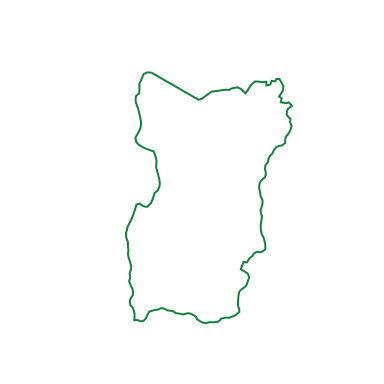 the district of Colina, São Paulo, Brazil, rotated 297°
{"feature_id": "56859067B82565562664373", "entity_name": "Colina", "entity_type": "district", "adm_level": 2, "iso_a3": "BRA", "parent_name": "Brazil", "parent_adm1": "São Paulo", "projection": "orthographic", "projection_center": [-48.594, -20.735], "detail": "fine", "context": "isolated", "style": "outline", "palette": "green", "viewbox_px": 384, "rotation_deg": 297, "n_neighbors": 0, "source": "geoboundaries", "source_scale": "gbopen_adm2", "svg_char_len": 2629}
<svg xmlns="http://www.w3.org/2000/svg" viewBox="0 0 384 384"><g transform="rotate(297 192 192)"><path d="M51.6,198.9L53.2,201.7L53.4,205.1L55.6,207.5L58.8,208.3L62.7,208.0L66.0,208.3L69.4,211.7L71.5,214.8L74.3,217.0L75.4,219.9L75.5,224.2L77.3,229.1L76.7,232.5L77.9,236.0L78.9,239.7L82.1,243.3L83.0,246.0L82.9,249.3L82.7,252.3L81.0,254.2L80.5,257.9L80.5,261.0L81.3,263.7L83.8,266.5L86.0,270.7L87.4,273.3L90.1,275.0L92.5,275.6L95.1,278.6L96.9,282.3L99.3,284.4L101.3,286.2L103.5,287.3L106.6,288.6L109.2,287.2L111.1,284.9L113.5,283.5L117.3,281.9L120.4,280.6L124.8,279.4L127.6,280.2L130.0,281.6L133.2,282.8L137.5,282.3L141.8,281.8L144.5,279.0L145.2,273.8L145.4,270.5L153.1,269.7L154.0,272.8L159.4,273.4L162.2,274.8L165.6,275.2L168.3,277.1L169.1,279.9L171.1,281.9L174.3,283.3L178.9,280.9L181.0,279.1L184.4,276.0L185.7,273.5L188.0,271.7L190.7,269.8L194.6,267.9L198.2,266.8L202.4,265.1L204.3,263.2L206.4,261.5L210.4,260.8L213.5,260.2L216.7,258.5L219.6,254.9L222.6,252.9L225.3,250.6L227.7,249.2L230.4,248.3L233.4,248.4L238.1,250.2L241.0,249.9L243.6,248.3L245.8,246.5L249.2,245.3L253.1,246.0L256.4,245.0L259.6,245.0L262.5,246.0L266.8,246.0L270.2,246.7L272.2,248.3L274.3,251.0L277.9,252.8L280.9,251.3L283.6,250.5L286.5,251.2L289.4,251.6L292.3,251.5L295.7,250.9L298.9,247.6L301.9,246.5L302.6,243.6L304.1,241.1L306.8,240.1L309.3,239.6L314.2,241.9L315.8,237.7L313.7,235.2L312.3,230.5L316.2,229.3L316.6,226.2L320.2,226.7L324.1,226.8L327.5,225.5L329.6,222.8L332.4,218.6L331.0,215.9L328.4,215.9L327.2,212.6L323.3,212.9L320.7,209.9L324.0,208.2L321.4,204.2L320.5,200.9L318.8,197.7L314.6,196.3L311.4,195.7L306.9,195.3L304.3,194.8L306.1,188.3L305.7,184.6L302.1,180.2L299.6,178.4L298.6,175.8L290.3,163.9L282.4,159.8L279.7,158.6L277.2,156.0L279.9,101.6L278.4,98.0L275.2,95.4L270.9,95.7L268.2,95.8L264.4,96.0L259.3,98.7L256.1,100.1L252.1,98.6L248.3,99.9L246.0,101.7L243.6,104.2L241.7,106.3L236.6,110.6L232.2,114.1L229.8,115.5L226.7,116.8L223.8,117.2L220.4,117.2L214.6,116.9L211.2,119.8L210.0,122.8L209.6,126.1L209.6,129.8L210.1,135.0L210.8,139.2L208.5,142.1L205.2,145.0L203.1,146.5L197.8,148.8L188.2,157.3L185.2,159.3L181.4,160.7L177.6,160.7L174.1,159.1L167.3,160.3L163.3,160.5L158.5,158.9L157.4,156.0L157.5,153.1L157.9,150.5L155.6,148.2L151.6,149.0L144.9,150.0L140.6,150.4L137.3,150.5L131.9,150.3L128.1,151.4L125.3,151.8L121.3,154.3L118.4,157.6L114.8,159.4L111.4,161.7L107.8,163.0L104.5,165.5L101.2,168.9L97.7,171.9L94.4,172.9L91.1,173.4L87.8,175.7L84.1,176.4L81.0,179.8L78.2,183.4L75.1,185.5L72.6,186.0L69.3,185.6L65.9,186.3L63.1,188.7L62.3,191.2L60.4,193.5L57.9,195.8L54.8,197.4L51.6,198.9Z" fill="none" stroke="#15803d" stroke-width="2"/></g></svg>